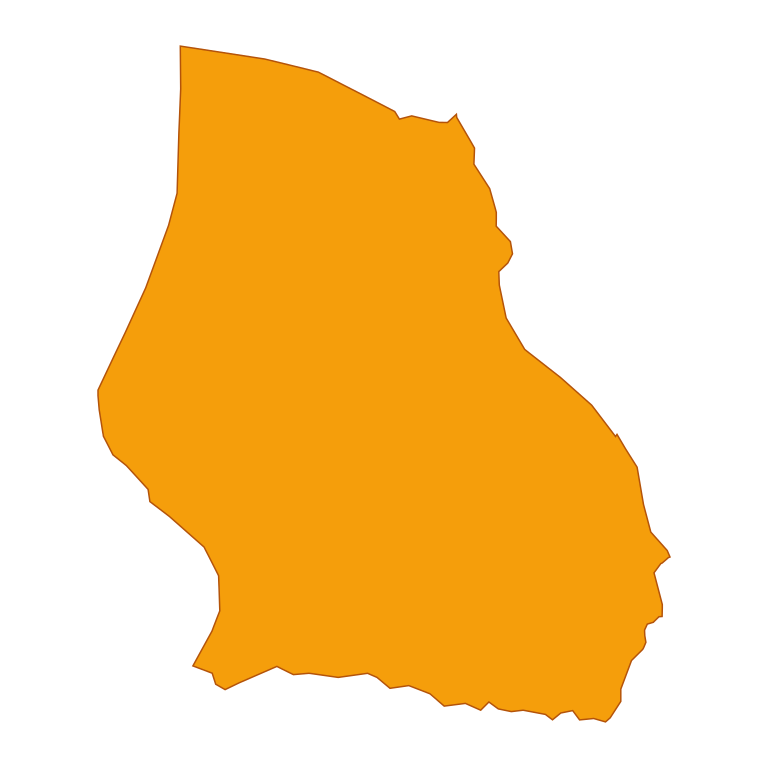 Doe, Nimba, Liberia (Natural Earth projection)
{"feature_id": "62588387B53345215693508", "entity_name": "Doe", "entity_type": "district", "adm_level": 2, "iso_a3": "LBR", "parent_name": "Liberia", "parent_adm1": "Nimba", "projection": "natural_earth1", "projection_center": [-8.791, 6.605], "detail": "fine", "context": "isolated", "style": "filled", "palette": "amber", "viewbox_px": 768, "rotation_deg": 0, "n_neighbors": 0, "source": "geoboundaries", "source_scale": "gbopen_adm2", "svg_char_len": 1812}
<svg xmlns="http://www.w3.org/2000/svg" viewBox="0 0 768 768"><path d="M670.0,557.0L667.2,550.5L650.8,532.1L643.5,504.5L637.1,467.2L625.5,448.8L617.0,434.4L615.5,436.5L604.1,421.5L591.7,405.2L560.6,377.6L528.8,352.7L524.7,349.4L506.2,318.1L506.0,317.3L499.3,285.1L498.8,271.6L507.8,263.0L512.5,253.8L510.4,241.6L496.2,226.2L496.3,218.6L496.3,212.4L495.3,208.6L489.7,188.7L473.9,164.2L474.4,151.6L474.5,148.1L470.8,141.6L456.7,117.4L456.4,114.3L447.5,122.5L439.0,122.4L411.7,115.9L399.4,119.1L395.1,112.1L394.7,111.5L367.1,97.2L342.4,84.5L318.3,72.1L314.5,71.2L288.9,64.9L264.6,59.0L255.4,57.6L180.3,46.1L180.7,88.9L179.4,120.8L178.9,132.3L177.2,189.7L177.1,193.2L168.6,225.3L164.8,235.7L157.1,256.8L145.7,287.9L125.2,332.7L113.8,356.6L109.0,366.8L98.0,390.1L98.0,395.7L99.2,409.7L102.9,433.1L103.1,433.9L103.4,436.2L108.8,446.7L113.0,454.9L126.4,465.6L133.9,473.8L148.1,489.4L149.9,501.6L169.2,516.3L204.1,547.1L205.7,550.3L208.5,555.7L217.7,573.9L218.6,575.8L219.1,589.0L219.8,610.8L219.4,611.9L217.0,618.0L214.4,624.8L214.1,625.5L212.0,631.1L192.9,665.9L212.2,673.2L215.7,684.2L225.1,689.6L239.2,682.8L276.9,666.4L282.4,669.2L293.4,674.6L308.7,673.3L310.1,673.4L338.2,677.4L367.6,673.3L377.0,677.4L390.0,688.3L408.8,685.6L414.3,687.7L430.0,693.8L444.2,706.1L465.4,703.4L476.2,708.2L480.7,710.2L488.9,702.0L498.3,708.9L511.3,711.6L523.1,710.2L545.4,714.4L552.5,719.8L560.8,713.0L572.7,710.6L579.6,719.9L593.7,718.5L604.5,721.6L605.5,721.9L606.8,720.8L610.2,717.8L620.8,701.4L620.8,696.4L620.8,689.1L631.5,660.5L642.7,649.4L643.7,647.6L645.9,642.3L644.8,635.7L644.6,631.6L644.6,630.0L647.3,624.1L653.3,622.3L654.1,621.5L659.0,616.7L659.5,616.7L662.1,616.5L662.3,608.2L662.3,604.5L655.8,579.7L654.0,572.8L660.8,563.6L662.2,563.0L668.4,557.6L670.0,557.0Z" fill="#f59e0b" stroke="#b45309" stroke-width="1.5"/></svg>